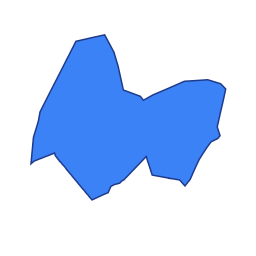 San Dionisio Ocotepec, Oaxaca, Mexico, rotated 206°
{"feature_id": "50627088B78764005336655", "entity_name": "San Dionisio Ocotepec", "entity_type": "district", "adm_level": 2, "iso_a3": "MEX", "parent_name": "Mexico", "parent_adm1": "Oaxaca", "projection": "natural_earth1", "projection_center": [-96.307, 16.784], "detail": "fine", "context": "isolated", "style": "filled", "palette": "blue", "viewbox_px": 256, "rotation_deg": 206, "n_neighbors": 0, "source": "geoboundaries", "source_scale": "gbopen_adm2", "svg_char_len": 1736}
<svg xmlns="http://www.w3.org/2000/svg" viewBox="0 0 256 256"><g transform="rotate(206 128 128)"><path d="M212.8,183.1L212.9,175.6L213.0,172.2L213.0,168.1L213.2,161.9L213.2,157.3L213.5,141.6L213.6,136.3L213.8,125.6L214.0,112.9L214.1,103.9L211.5,94.6L208.9,78.2L199.5,53.3L198.9,54.7L198.9,54.8L197.7,57.3L196.4,58.7L194.1,61.3L193.5,61.9L192.3,63.1L191.5,64.1L189.1,66.7L187.4,68.4L186.3,69.7L185.6,70.5L183.0,73.3L182.6,72.9L181.2,71.3L177.0,69.2L175.6,68.6L175.5,68.4L173.7,67.7L173.2,67.8L172.0,67.0L171.4,66.7L167.7,65.3L167.5,65.2L164.9,63.7L164.8,63.8L163.0,62.9L161.4,62.2L161.1,62.0L160.4,61.7L159.0,61.2L158.8,61.1L158.5,61.0L156.8,60.1L155.7,59.6L154.7,59.2L152.6,58.2L150.4,57.3L147.8,56.0L144.3,54.5L143.3,54.0L143.0,53.8L140.4,52.8L139.0,52.2L138.5,51.9L136.9,51.1L135.6,50.6L134.9,50.4L133.7,49.7L131.9,48.9L130.7,48.4L129.5,47.9L128.8,47.6L128.3,48.2L121.1,57.1L117.5,61.2L117.8,68.0L115.2,71.5L114.0,72.4L111.3,74.8L111.1,75.3L110.3,77.8L109.1,79.3L104.0,95.1L99.1,110.4L95.7,106.7L94.0,105.0L91.7,102.6L88.6,99.4L85.6,96.3L68.5,101.1L68.6,100.9L68.3,101.0L67.8,101.2L67.7,101.2L67.3,101.3L67.2,101.3L66.9,101.4L66.9,101.6L58.8,103.9L51.4,100.9L51.3,101.5L49.6,109.0L49.7,111.6L49.8,114.2L49.9,116.1L50.1,122.8L50.2,128.1L50.2,130.9L49.6,136.7L49.1,140.5L48.6,144.8L47.3,151.9L45.2,154.7L43.6,156.7L42.7,157.9L42.6,158.5L41.9,161.4L48.3,168.1L48.7,169.9L50.5,177.4L51.4,181.2L52.2,184.6L53.3,189.5L55.0,196.7L57.3,205.9L64.2,208.4L77.5,206.3L87.6,200.5L97.8,194.7L110.8,179.4L116.0,173.4L119.9,168.9L126.3,159.7L130.8,161.9L143.0,160.7L148.8,160.1L164.0,179.2L173.8,189.9L189.8,201.5L196.2,196.4L197.3,195.6L198.3,194.8L200.9,192.7L206.6,188.1L212.8,183.1Z" fill="#3b82f6" stroke="#1e3a8a" stroke-width="1.5"/></g></svg>